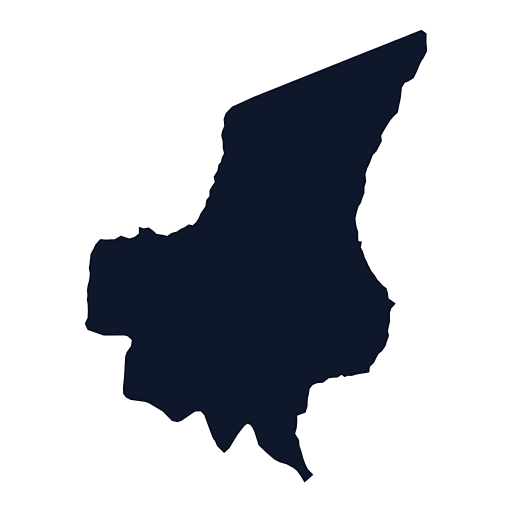 Mortugaba, Bahia, Brazil
{"feature_id": "56859067B4294097678896", "entity_name": "Mortugaba", "entity_type": "district", "adm_level": 2, "iso_a3": "BRA", "parent_name": "Brazil", "parent_adm1": "Bahia", "projection": "equal_earth", "projection_center": [-42.316, -14.969], "detail": "fine", "context": "isolated", "style": "filled", "palette": "ink", "viewbox_px": 512, "rotation_deg": 0, "n_neighbors": 0, "source": "geoboundaries", "source_scale": "gbopen_adm2", "svg_char_len": 2594}
<svg xmlns="http://www.w3.org/2000/svg" viewBox="0 0 512 512"><path d="M425.8,33.9L421.4,30.7L353.0,57.9L277.6,88.1L254.0,97.5L232.5,107.3L228.8,111.1L226.2,113.9L224.4,119.3L225.0,126.2L222.9,131.1L222.0,135.6L223.4,141.2L223.5,147.7L224.8,153.7L222.7,157.4L221.6,162.4L219.2,165.1L218.1,171.2L214.4,176.9L215.6,182.3L213.2,185.6L210.3,190.4L210.2,196.5L207.0,200.3L206.1,206.7L201.4,213.5L199.1,218.8L196.5,222.8L192.8,226.2L188.8,225.2L185.0,227.8L180.7,229.7L177.3,232.2L171.8,233.7L167.2,236.8L163.5,235.7L159.3,235.1L156.0,234.6L153.4,231.8L148.6,228.3L143.6,229.2L139.6,227.8L139.7,233.9L134.7,237.7L129.4,239.3L125.3,238.0L120.9,236.5L114.8,240.1L110.5,240.1L105.9,240.4L100.5,239.9L96.1,244.9L94.0,249.3L91.3,254.3L90.4,262.6L89.6,268.3L90.6,273.9L89.9,280.1L88.4,285.7L87.7,290.3L88.2,295.4L87.6,299.6L88.4,304.3L88.6,310.8L88.4,317.8L85.6,323.7L88.2,329.3L103.8,334.8L124.5,334.7L127.8,335.5L132.7,339.7L131.7,346.3L127.3,352.5L125.9,357.0L124.8,377.0L123.7,387.6L123.9,393.5L126.6,397.0L131.0,399.2L145.2,401.1L149.1,402.5L163.1,410.8L172.3,420.2L177.4,421.4L181.0,420.2L194.8,410.8L201.0,410.5L205.0,414.8L207.4,421.7L213.5,437.9L215.8,441.1L217.7,445.6L224.1,452.0L228.8,447.7L236.9,434.4L243.7,425.5L247.3,422.8L250.8,424.3L253.1,427.3L254.9,431.1L259.3,444.9L268.3,453.4L274.7,458.8L279.7,461.5L286.9,463.6L290.8,465.7L294.3,467.6L297.5,470.4L301.0,475.2L304.7,481.3L312.2,474.7L307.2,469.5L304.4,463.6L302.4,458.1L300.9,452.2L298.7,445.8L298.3,440.1L294.3,434.0L296.1,427.3L296.5,421.2L296.4,415.1L300.5,413.6L305.0,412.0L306.8,406.0L307.0,398.9L308.2,393.5L308.9,388.5L312.2,384.4L317.0,382.4L322.8,382.0L328.3,377.6L332.5,377.0L337.4,376.7L341.5,373.8L344.7,376.2L347.8,375.0L351.5,375.2L356.3,373.8L360.3,373.1L364.4,372.5L368.6,371.7L369.1,366.5L373.2,362.5L376.0,357.0L377.9,353.5L381.6,350.4L384.8,345.7L386.4,340.7L388.2,335.7L387.2,330.9L388.3,325.5L389.3,321.1L389.1,312.8L390.6,308.1L394.6,303.7L391.7,301.6L387.8,298.8L387.2,293.1L385.8,288.6L382.4,286.2L376.7,279.9L374.3,275.9L370.9,271.6L367.9,265.9L366.1,261.9L364.2,258.1L362.3,252.0L360.0,247.5L361.0,242.2L357.7,241.9L357.4,236.8L357.4,231.9L355.9,227.3L355.2,223.0L354.7,218.1L356.0,212.4L357.7,206.4L360.2,202.6L361.9,197.5L363.7,192.8L363.7,186.8L365.4,181.6L364.7,174.0L366.7,167.7L369.1,162.9L372.1,154.8L375.9,150.8L381.1,140.9L380.4,135.5L385.0,127.3L389.8,119.8L392.9,116.1L397.1,112.2L398.8,103.7L400.0,98.1L400.5,93.7L401.2,87.1L404.3,82.2L407.7,80.9L413.1,77.6L416.5,70.6L418.6,65.3L420.6,61.1L423.0,57.5L426.4,50.8L425.7,42.2L425.8,33.9Z" fill="#0f172a" stroke="#020617" stroke-width="1.5"/></svg>